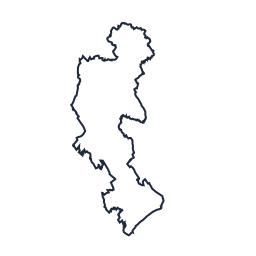 the district of Laytown Bettystown-Lea-7, Meath, Ireland, rotated 65°
{"feature_id": "5873133B93482869611851", "entity_name": "Laytown Bettystown-Lea-7", "entity_type": "district", "adm_level": 2, "iso_a3": "IRL", "parent_name": "Ireland", "parent_adm1": "Meath", "projection": "robinson", "projection_center": [-6.479, 53.728], "detail": "fine", "context": "isolated", "style": "outline", "palette": "slate", "viewbox_px": 256, "rotation_deg": 65, "n_neighbors": 0, "source": "geoboundaries", "source_scale": "gbopen_adm2", "svg_char_len": 5826}
<svg xmlns="http://www.w3.org/2000/svg" viewBox="0 0 256 256"><g transform="rotate(65 128 128)"><path d="M68.5,72.6L67.7,73.0L67.3,73.6L62.6,74.2L62.5,74.9L61.5,75.1L60.9,75.0L60.0,74.1L60.3,73.6L59.4,72.4L59.1,71.3L57.2,70.7L55.9,71.0L55.4,71.6L53.9,72.1L54.4,73.4L53.2,74.2L52.9,73.7L51.4,73.1L49.9,73.7L49.1,73.3L47.3,71.1L45.8,71.9L44.8,73.4L44.8,74.2L42.8,74.3L42.8,75.5L42.1,76.7L40.4,77.6L40.6,78.3L40.5,79.3L40.9,80.2L40.9,80.9L38.6,81.1L38.5,82.0L37.6,82.2L36.0,81.6L35.4,81.7L34.7,82.4L34.4,84.3L33.0,85.6L32.5,85.7L32.3,86.3L31.6,86.7L31.8,87.1L31.1,87.5L31.1,87.8L30.6,88.4L30.8,88.8L30.4,89.3L30.5,89.7L32.7,92.1L32.8,92.6L31.3,93.5L31.8,94.0L33.9,94.5L33.8,95.5L34.3,96.2L33.7,96.9L31.6,97.9L30.7,98.7L30.8,99.4L32.9,102.5L34.8,103.0L35.7,104.0L36.2,105.3L36.7,105.3L37.1,104.7L37.6,105.2L37.4,106.3L37.6,108.3L38.4,109.2L41.2,109.1L42.8,107.3L44.0,106.5L44.4,106.5L45.0,107.1L46.0,106.9L46.6,106.5L46.6,105.9L47.0,105.3L47.8,105.2L47.8,104.5L50.0,105.0L51.7,107.8L51.8,108.7L52.8,109.3L56.6,109.0L57.7,108.7L59.1,107.6L60.3,109.5L60.6,111.0L59.1,113.9L59.8,114.2L59.1,115.3L57.2,116.9L57.6,118.3L57.0,120.2L56.4,120.1L57.1,120.9L56.9,121.4L55.3,122.4L54.1,121.5L53.5,122.1L52.8,124.5L50.0,124.1L49.6,125.1L49.5,126.1L49.2,126.6L49.4,129.1L50.7,129.4L50.2,131.2L50.2,132.4L47.7,132.6L48.5,133.8L50.5,135.8L50.3,136.3L43.8,138.5L45.2,139.7L46.0,142.2L46.0,142.7L45.6,142.8L47.2,143.6L49.1,143.6L49.5,144.5L49.5,145.3L52.1,147.8L56.2,149.9L56.8,149.9L57.7,150.6L59.4,149.9L59.7,151.3L61.3,151.9L63.4,150.8L65.6,151.7L65.8,152.5L67.4,153.6L67.1,153.8L67.6,154.8L68.4,155.3L68.5,155.9L70.5,156.4L76.9,161.0L77.0,162.3L81.5,166.8L82.7,168.4L83.1,169.7L87.0,169.2L87.4,170.1L88.3,170.0L88.0,169.3L92.1,168.2L92.5,168.8L96.9,167.9L97.1,169.0L97.7,169.6L108.3,167.8L112.7,168.1L114.9,171.3L114.8,172.0L115.4,172.9L115.6,174.6L115.2,177.1L115.2,178.7L117.6,179.0L120.1,184.5L120.8,184.3L121.1,184.8L120.5,185.0L120.8,185.3L123.7,184.1L124.6,184.3L126.0,183.9L123.8,180.0L126.1,181.3L127.9,181.1L129.2,182.8L132.8,181.2L132.0,181.0L132.2,180.8L131.7,180.4L130.3,180.4L130.0,179.0L131.5,179.0L130.1,178.2L129.2,176.8L132.1,176.9L131.8,175.1L132.8,174.9L135.2,173.0L138.2,174.1L138.8,174.5L138.5,174.7L138.7,175.0L139.8,175.4L140.6,174.6L141.3,175.1L143.6,175.3L145.7,174.5L151.0,174.2L151.1,172.7L150.4,171.0L149.0,170.3L149.5,169.8L150.4,170.3L152.1,169.6L152.5,170.5L153.5,170.2L153.4,169.5L153.7,169.4L152.5,168.1L151.8,168.3L150.7,166.1L145.9,166.7L147.0,164.6L157.0,163.6L161.5,163.7L162.0,164.2L166.1,162.5L167.8,161.4L169.0,161.2L170.1,166.5L175.7,166.6L177.8,167.1L177.9,168.2L177.4,168.4L177.2,170.0L176.3,170.5L176.2,172.1L175.7,172.8L178.3,172.7L177.9,175.0L178.5,177.7L176.3,178.3L175.9,178.8L179.8,180.0L183.0,180.0L184.8,181.1L188.0,181.4L188.9,181.9L189.4,182.7L190.8,181.9L191.7,181.9L191.9,182.2L193.2,182.1L196.8,180.8L195.6,179.0L196.3,178.6L196.0,178.3L195.2,178.6L194.2,177.1L195.2,175.9L194.3,174.9L195.5,174.5L194.9,173.6L195.6,173.4L195.6,173.1L196.2,172.9L197.0,173.0L196.0,171.0L197.1,170.6L198.4,169.2L199.9,169.1L199.6,168.1L200.2,168.0L200.4,169.0L200.1,170.4L201.1,170.4L201.4,172.0L202.0,173.0L202.8,172.9L202.8,173.5L205.6,173.3L207.0,175.8L210.2,175.4L209.4,172.5L212.1,172.8L211.8,172.3L211.8,170.9L214.8,173.0L214.3,171.2L215.3,171.3L216.1,172.3L215.4,172.4L215.5,173.3L217.7,174.5L218.7,175.4L220.2,175.7L221.0,175.6L223.3,174.3L225.6,172.6L224.4,169.1L224.2,167.9L224.5,167.7L223.4,167.5L222.9,167.2L220.7,162.7L220.0,162.4L219.6,160.2L218.3,156.7L217.7,153.3L216.0,148.2L214.5,141.3L214.3,136.5L215.0,132.7L214.8,131.9L214.2,131.6L215.0,131.7L213.2,131.4L213.5,131.0L211.9,130.2L209.1,126.6L204.2,125.7L197.6,129.7L193.4,131.7L186.8,132.1L186.9,133.3L181.6,134.3L182.2,136.1L183.1,137.4L185.8,137.9L185.5,138.1L186.2,138.8L185.2,140.0L183.6,140.8L183.6,141.3L182.2,141.7L180.0,141.3L178.9,141.8L178.6,141.4L179.2,141.2L178.8,140.4L179.3,140.4L178.9,139.6L178.3,139.2L171.1,140.3L168.1,140.1L166.0,140.6L163.9,141.5L164.3,142.9L160.3,143.9L158.5,140.6L158.4,140.3L158.7,140.3L158.2,139.0L157.6,139.1L157.3,135.3L154.0,135.2L153.3,134.0L153.4,133.4L152.8,132.9L150.7,132.8L147.9,132.1L147.3,131.5L145.5,130.8L144.4,130.7L141.2,129.2L138.2,129.7L137.8,130.4L137.7,132.0L135.5,132.8L133.8,132.7L133.8,133.2L134.6,133.9L134.7,134.5L134.4,134.7L132.5,134.9L131.6,134.4L129.0,135.4L126.7,135.0L126.1,135.4L126.2,136.0L125.4,136.3L122.7,135.9L121.6,134.7L120.3,132.5L120.2,131.7L118.7,131.5L117.7,130.7L117.0,131.1L116.1,131.0L116.1,130.6L116.8,129.9L116.2,129.1L114.8,129.3L114.4,128.5L114.7,128.0L114.2,127.0L114.5,126.7L115.3,126.8L115.8,126.5L115.7,126.3L116.8,125.1L116.4,124.6L117.7,124.9L118.6,123.9L118.6,123.4L118.1,123.1L118.2,122.6L118.6,123.0L119.2,122.3L120.2,122.2L121.5,121.0L121.4,120.1L122.6,119.2L123.2,118.0L124.2,117.5L124.7,116.9L124.4,116.6L125.0,116.0L124.7,115.6L125.9,115.2L126.4,114.8L126.3,114.7L126.9,114.6L127.0,114.2L128.0,114.0L129.1,112.4L129.5,112.4L129.6,111.8L129.3,111.9L128.8,111.1L128.1,111.1L128.1,110.0L128.5,109.8L128.3,109.4L128.6,109.3L128.0,109.3L127.8,108.9L127.5,109.1L126.2,107.3L123.9,106.9L120.5,105.4L116.5,105.5L113.6,106.3L112.1,106.0L106.0,106.4L103.0,107.2L100.9,107.3L99.4,106.7L98.9,105.6L97.0,106.1L95.6,105.9L95.2,104.4L95.9,103.2L91.9,100.0L90.6,101.1L89.4,100.7L87.5,101.1L87.0,100.1L86.9,97.7L86.3,96.3L85.9,96.1L85.7,94.7L85.8,94.2L85.4,93.4L85.4,92.4L84.8,92.1L85.5,91.3L85.6,90.8L85.3,90.4L82.0,91.0L81.0,90.7L77.6,90.8L77.5,90.5L75.9,89.9L76.1,89.5L75.2,88.2L74.1,87.6L74.3,87.5L74.2,87.0L75.3,86.4L74.0,85.9L74.0,85.2L75.1,84.8L73.8,83.5L74.0,82.0L74.5,81.8L72.5,80.5L72.8,80.0L73.1,80.3L74.0,79.9L73.9,79.7L74.3,79.3L74.1,79.1L74.7,78.8L74.3,78.6L74.1,77.6L74.2,77.2L73.7,77.0L73.8,76.6L73.0,76.1L72.8,75.5L73.1,74.4L72.7,73.7L71.6,73.2L68.7,73.4L68.4,73.3L68.5,72.6Z" fill="none" stroke="#1e293b" stroke-width="2"/></g></svg>